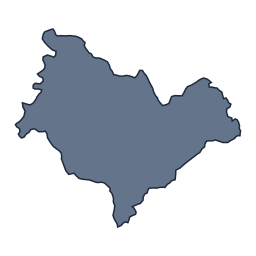 the district of Panamá, Goiás, Brazil
{"feature_id": "56859067B57498470655499", "entity_name": "Panamá", "entity_type": "district", "adm_level": 2, "iso_a3": "BRA", "parent_name": "Brazil", "parent_adm1": "Goiás", "projection": "orthographic", "projection_center": [-49.405, -18.21], "detail": "fine", "context": "isolated", "style": "filled", "palette": "slate", "viewbox_px": 256, "rotation_deg": 0, "n_neighbors": 0, "source": "geoboundaries", "source_scale": "gbopen_adm2", "svg_char_len": 2812}
<svg xmlns="http://www.w3.org/2000/svg" viewBox="0 0 256 256"><path d="M18.3,134.0L19.5,136.1L21.5,138.0L24.2,137.0L26.1,134.2L29.0,132.3L30.8,129.6L34.1,128.8L36.0,129.7L38.6,131.7L42.9,131.7L45.2,131.1L46.9,133.6L47.6,138.0L50.7,142.9L53.4,146.5L59.4,150.9L61.2,153.1L61.7,156.1L61.4,158.8L65.8,170.6L68.8,174.4L74.0,173.2L76.7,176.2L79.0,178.4L83.1,179.3L89.0,179.9L91.1,180.5L96.3,182.4L98.7,182.5L101.6,182.2L104.2,182.9L106.0,184.3L110.1,188.2L109.9,191.0L111.9,193.4L113.5,198.4L113.3,201.9L114.7,205.5L114.5,208.1L113.8,211.7L113.0,215.3L113.7,217.5L114.6,219.6L117.1,223.8L117.7,227.0L121.3,225.4L123.3,222.9L125.7,221.9L127.9,222.7L129.2,219.1L129.8,216.9L132.0,215.8L135.6,214.3L136.1,212.0L134.2,208.4L132.3,206.7L136.0,205.0L140.5,203.3L143.1,200.1L143.1,197.2L144.7,194.1L147.2,192.9L147.8,190.4L149.1,188.2L153.4,187.9L156.8,188.1L159.4,187.4L162.4,187.2L165.0,187.4L167.5,184.2L169.5,183.1L171.5,180.8L175.1,179.7L175.7,174.3L175.8,170.1L179.8,168.2L182.9,165.4L186.8,162.1L192.9,157.5L197.0,154.3L199.8,152.5L202.1,148.7L204.6,146.9L204.8,144.4L206.5,141.1L209.8,140.8L213.0,140.8L215.2,139.9L222.8,142.5L227.8,142.5L230.7,140.5L234.7,138.4L235.9,136.6L237.8,135.7L240.0,135.7L240.1,133.4L240.6,131.0L239.3,128.6L239.5,125.7L238.5,122.1L237.1,119.7L235.1,118.9L232.2,121.1L231.8,118.1L227.8,116.5L226.5,112.0L226.8,109.0L229.8,107.1L230.9,104.1L228.6,102.7L227.7,100.3L226.0,97.9L223.6,98.7L222.6,95.3L221.9,92.1L219.2,90.3L216.9,88.0L214.7,87.8L212.2,87.1L209.3,87.1L208.8,83.8L211.3,82.5L209.7,81.0L207.2,79.1L203.6,78.0L200.2,79.4L198.2,80.7L196.1,82.4L194.0,83.5L191.8,84.9L187.4,86.7L185.6,89.1L184.7,91.1L183.7,93.1L182.0,95.8L179.1,95.8L174.7,95.6L171.6,96.6L170.3,99.7L168.9,103.4L166.1,104.7L162.6,105.6L160.1,102.7L158.2,100.2L157.4,97.7L155.5,95.6L153.6,91.7L152.7,88.2L149.6,82.6L148.0,79.0L146.2,75.5L144.5,73.7L142.4,70.4L139.7,70.4L137.0,75.6L134.8,77.8L130.6,76.2L126.5,75.4L122.3,76.2L119.2,76.0L116.2,75.0L113.7,74.7L112.2,71.2L110.3,68.7L109.4,65.4L107.4,61.8L104.1,60.0L99.9,58.2L95.3,57.8L93.0,57.0L91.4,53.9L89.0,52.8L85.3,47.7L84.2,45.6L85.1,42.7L83.0,40.7L81.7,38.9L78.0,37.0L75.5,36.2L72.7,36.0L70.2,35.6L65.1,35.9L62.2,35.7L60.0,35.7L57.7,36.0L55.9,34.9L54.4,31.0L53.0,29.0L50.3,29.7L48.1,30.6L45.0,31.7L43.5,33.6L42.8,36.4L42.3,38.8L44.8,42.6L47.9,45.9L50.0,47.9L52.6,50.1L56.0,51.2L55.7,55.0L54.1,57.2L51.3,56.2L47.3,55.0L43.1,57.0L42.9,60.1L44.2,62.7L45.1,65.1L44.8,67.7L43.3,70.0L37.4,74.0L39.3,76.2L42.9,78.0L43.2,81.0L40.1,83.9L37.4,83.5L35.0,83.3L33.2,85.2L33.1,88.0L35.1,89.1L37.4,88.8L41.6,89.8L40.9,92.6L39.2,93.8L36.9,97.1L36.0,99.2L33.6,102.6L31.2,104.4L29.1,104.8L22.4,102.8L23.0,107.2L25.1,111.0L23.9,116.3L22.0,118.9L19.4,121.7L17.4,122.8L15.4,124.6L16.8,126.9L19.5,128.6L20.0,131.7L18.3,134.0Z" fill="#64748b" stroke="#1e293b" stroke-width="1.5"/></svg>